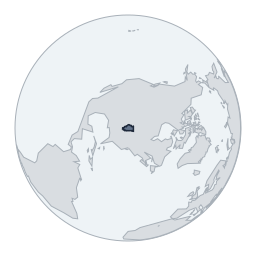 globe centered on Illinois, rotated 90°
{"feature_id": "USA-3546", "entity_name": "Illinois", "entity_type": "State", "adm_level": 1, "iso_a3": "USA", "parent_name": "United States of America", "parent_adm1": "", "projection": "orthographic", "projection_center": [-89.31, 39.745], "detail": "fine", "context": "on_globe", "style": "filled", "palette": "slate", "viewbox_px": 256, "rotation_deg": 90, "n_neighbors": 0, "source": "natural_earth", "source_scale": "10m", "svg_char_len": 10774}
<svg xmlns="http://www.w3.org/2000/svg" viewBox="0 0 256 256"><g transform="rotate(90 128 128)"><circle cx="128" cy="128" r="113" fill="#eef3f6" stroke="#a8b0b8"/><path d="M145.5,239.3L145.6,239.2L148.1,238.7L146.3,239.0L151.8,237.4L149.2,238.0L152.3,235.6L157.2,232.3L162.8,221.3L160.9,219.3L153.1,217.7L143.7,208.2L146.6,203.0L144.4,200.8L151.7,192.4L149.5,185.4L146.8,184.7L144.4,187.8L135.1,183.9L131.5,178.1L101.8,167.1L98.5,163.5L98.1,158.1L86.8,137.6L92.4,156.1L88.2,152.0L84.7,145.1L86.4,144.0L83.7,134.1L79.8,129.5L78.6,116.9L84.5,102.6L85.9,105.5L87.2,102.0L85.5,98.2L84.1,96.6L86.1,81.5L81.6,71.0L76.8,70.7L80.5,68.7L69.1,70.6L64.5,68.1L71.8,69.1L74.2,67.9L72.1,65.2L74.1,63.4L74.2,61.2L76.7,59.4L80.8,60.4L82.5,59.4L80.9,57.6L82.5,54.8L84.5,57.6L87.5,53.3L94.8,54.8L98.2,64.8L104.4,65.1L113.5,74.2L114.7,72.1L119.0,74.7L122.0,73.4L122.8,75.7L124.5,72.7L123.2,70.9L123.5,69.1L125.2,68.2L126.5,70.9L125.9,71.7L127.1,72.1L127.1,73.8L128.1,72.5L129.5,76.1L130.6,71.4L133.8,73.3L134.0,76.0L130.8,77.1L123.3,87.2L122.6,90.8L124.8,94.4L135.9,97.8L136.4,101.3L139.5,105.0L140.7,102.2L138.7,98.4L141.7,94.5L138.9,90.6L139.7,88.5L138.2,84.1L141.9,83.3L146.4,85.0L147.9,88.7L149.9,89.6L151.3,85.1L156.8,91.3L165.2,94.5L166.3,96.4L163.2,101.6L156.1,103.9L152.1,111.7L158.2,105.3L160.7,110.7L162.6,111.1L164.6,110.2L165.0,107.7L166.6,109.4L161.1,116.0L159.6,114.6L161.3,112.4L158.0,113.7L154.3,118.7L155.9,121.2L148.7,126.9L149.7,128.9L148.7,131.4L147.6,127.7L149.5,134.6L141.3,143.7L143.8,155.5L137.5,146.9L132.9,146.2L127.5,146.8L127.8,148.7L120.3,147.4L114.0,151.5L112.5,160.8L115.8,167.8L124.1,168.1L126.2,164.2L132.1,163.1L128.7,173.6L139.2,174.3L138.6,181.7L141.8,185.0L146.8,183.5L152.1,184.5L155.5,179.8L161.2,176.4L161.7,182.1L164.5,176.2L167.9,178.2L179.0,174.7L178.2,176.3L187.6,179.6L197.2,178.3L199.4,181.1L198.3,183.9L201.4,183.0L201.5,184.4L213.3,179.2L218.8,178.3L218.2,183.2L212.8,192.1L206.1,204.7L195.9,213.3L192.1,217.7L182.0,225.3L176.0,227.6L176.4,228.6L172.0,230.8L167.8,232.3L166.0,233.4L162.8,234.4L164.2,234.3L157.6,236.6L145.5,239.3ZM30.4,127.2L31.1,124.9L31.4,127.2L30.4,127.2ZM31.0,122.9L30.9,123.8L30.9,122.9L31.0,122.9ZM30.7,121.9L30.9,122.6L30.6,122.0L30.7,121.9ZM30.2,120.8L30.5,121.3L30.4,121.3L30.2,120.8ZM143.7,159.5L155.6,163.2L149.2,164.9L150.4,163.8L147.2,161.9L141.6,160.6L135.9,162.3L143.7,159.5ZM29.7,118.4L29.6,117.8L30.0,118.0L29.7,118.4ZM148.1,152.4L146.0,152.2L148.0,151.9L148.1,152.4ZM83.1,96.3L85.3,98.4L86.1,102.6L84.1,101.0L83.1,96.3ZM81.9,88.7L83.5,89.0L81.9,92.5L81.5,91.2L81.9,88.7ZM72.9,71.1L74.3,72.5L72.3,71.8L72.9,71.1ZM73.8,61.2L72.7,61.4L73.2,60.2L73.8,61.2ZM136.2,84.9L137.2,84.5L137.0,85.5L136.2,84.9ZM134.6,83.4L133.7,84.9L132.8,84.4L133.4,83.5L134.6,83.4ZM77.6,56.4L78.7,54.5L78.3,56.6L77.6,56.4ZM136.0,81.8L131.4,83.4L129.8,82.5L130.8,78.6L136.0,81.8ZM79.8,53.5L82.4,49.1L80.4,49.2L87.6,46.9L83.0,51.2L82.8,53.7L81.5,52.8L79.8,53.5ZM122.1,70.7L123.6,72.6L120.8,71.8L122.1,70.7ZM120.2,70.7L111.2,71.5L109.9,68.4L113.1,68.7L110.1,65.6L113.9,63.6L116.4,64.9L116.5,67.2L117.8,64.8L120.2,70.7ZM91.1,46.4L92.4,45.6L91.8,46.7L91.1,46.4ZM123.4,68.3L121.7,68.6L120.4,66.0L123.6,64.8L123.0,66.0L123.4,68.3ZM107.5,65.7L107.1,63.7L110.0,61.5L110.2,60.5L113.9,63.3L107.5,65.7ZM124.1,66.2L125.2,64.3L127.3,64.8L125.0,67.8L124.1,66.2ZM118.8,65.8L118.3,64.5L119.6,64.8L118.8,65.8ZM135.5,66.0L133.5,66.3L132.7,64.9L135.5,66.0ZM125.5,63.6L124.7,63.4L124.2,62.9L125.3,61.9L125.5,63.6ZM115.7,61.7L117.0,61.3L114.3,60.4L116.4,58.9L118.4,61.2L118.4,59.6L119.1,59.1L120.0,61.5L115.7,61.7ZM124.8,59.4L128.1,62.0L132.0,61.7L132.8,62.9L126.4,63.2L124.8,59.4ZM121.9,60.4L123.9,60.0L124.0,61.6L122.7,62.8L121.9,60.4ZM117.1,57.1L113.4,58.8L113.1,58.3L117.1,57.1ZM125.9,59.0L125.1,58.4L126.1,58.8L125.9,59.0ZM119.8,57.3L118.5,58.0L118.2,57.3L119.8,57.3ZM124.5,56.7L125.5,57.5L124.7,58.3L124.5,56.7ZM122.3,56.7L122.2,55.7L123.8,58.2L121.8,57.1L122.3,56.7ZM119.7,56.6L119.1,56.5L120.3,56.4L119.7,56.6ZM127.1,53.3L129.3,56.2L127.4,57.9L125.5,54.9L127.1,53.3ZM204.9,45.7L201.6,42.8L208.5,50.1L206.5,49.0L198.3,41.0L191.8,35.3L190.8,34.7L192.2,36.7L187.9,34.0L192.3,37.4L192.6,37.0L195.4,39.3L195.3,39.8L193.8,38.7L195.0,40.3L201.9,45.3L202.9,45.5L207.7,51.5L209.9,52.5L212.2,55.1L209.4,54.4L207.6,53.0L204.8,55.1L207.2,57.1L210.0,55.3L210.3,56.5L213.6,59.6L211.4,58.3L207.7,60.1L210.2,66.6L218.2,79.1L218.7,83.3L216.9,85.6L209.1,78.1L208.9,69.7L206.2,67.3L202.1,67.3L202.4,64.9L200.7,64.0L200.2,61.0L195.5,55.7L194.4,52.8L188.6,49.9L187.2,48.2L191.1,50.3L193.1,50.4L190.0,43.9L188.2,42.4L184.7,41.2L184.3,39.8L181.2,39.4L177.5,35.8L179.6,40.0L175.5,39.1L171.1,36.8L170.1,37.3L177.3,41.3L179.8,42.2L181.4,41.8L188.6,45.6L190.6,48.1L184.4,47.3L186.5,50.8L180.8,49.0L164.9,38.8L160.2,35.3L160.9,30.1L164.3,31.0L165.7,33.1L168.0,31.5L166.1,31.4L165.7,30.4L161.7,29.6L161.3,28.8L158.2,29.5L157.2,28.5L159.2,28.1L152.4,26.5L149.3,24.6L148.0,24.7L147.5,25.2L143.9,22.8L143.1,22.9L143.9,23.8L142.9,24.7L139.6,25.5L138.6,24.6L139.6,24.2L140.1,22.1L143.0,21.4L142.3,21.1L139.5,21.6L138.8,24.0L137.2,24.8L137.0,23.5L136.9,24.0L135.8,24.1L133.6,23.5L133.6,24.9L122.3,28.5L117.0,27.9L118.1,26.1L109.1,28.5L103.9,28.2L104.7,28.9L100.9,30.9L102.5,31.0L102.6,31.5L93.7,37.5L90.8,38.4L87.8,42.3L88.3,42.7L90.3,42.2L87.6,46.9L80.4,49.2L79.8,48.0L75.7,50.5L74.9,47.6L72.4,46.6L74.0,42.4L71.8,42.2L70.5,43.3L66.5,44.0L63.2,42.3L72.0,39.0L78.1,41.9L76.1,40.1L78.4,39.3L78.8,37.9L77.2,37.0L75.9,37.7L82.6,30.7L82.5,27.6L78.1,30.2L74.6,31.6L70.6,31.8L73.8,29.3L81.2,25.5L88.9,22.4L96.8,19.8L104.8,17.8L113.0,16.4L121.3,15.6L129.6,15.4L137.9,15.8L146.1,16.8L154.2,18.5L162.2,20.7L170.1,23.5L177.6,26.9L184.9,30.8L192.0,35.3L198.6,40.2L204.9,45.7ZM239.8,114.5L239.7,114.0L239.9,116.1L239.0,132.2L237.2,133.0L231.4,127.9L230.5,120.9L227.6,116.0L218.8,84.1L220.0,81.1L216.5,66.7L216.6,65.6L220.3,69.8L220.3,64.7L216.4,59.5L213.2,54.3L211.8,52.7L217.3,59.3L222.3,66.4L226.7,73.7L230.6,81.5L233.8,89.4L236.5,97.6L238.5,106.0L239.8,114.5ZM225.4,96.5L226.4,98.2L225.4,96.5ZM180.2,28.2L176.4,26.3L175.1,25.8L176.8,26.7L183.7,30.3L183.7,30.1L180.2,28.2ZM179.3,174.5L180.7,175.2L179.0,175.8L179.3,174.5ZM148.6,167.6L151.0,167.4L152.3,168.2L150.5,168.8L148.6,167.6ZM168.4,163.7L171.0,163.5L168.4,164.8L168.4,163.7ZM157.4,163.5L166.2,164.1L161.0,167.1L155.4,166.8L159.2,165.5L157.4,163.5ZM147.4,156.3L148.9,156.5L148.6,157.8L147.4,156.3ZM149.5,152.2L148.9,152.3L148.0,151.5L149.5,152.2ZM161.0,110.2L161.5,109.8L163.6,109.3L162.9,110.6L161.0,110.2ZM171.4,101.9L173.7,104.9L171.5,103.5L170.9,105.6L165.6,105.6L166.5,97.4L167.1,101.0L171.4,101.9ZM158.8,103.6L162.1,104.4L158.4,103.9L158.8,103.6ZM191.7,62.9L192.9,62.1L195.1,63.7L196.4,68.2L193.3,65.7L191.7,62.9ZM194.1,60.6L187.6,59.0L186.5,56.5L188.2,58.1L188.2,56.6L190.9,58.9L196.2,58.3L198.4,59.8L199.7,66.7L198.1,63.5L197.0,64.4L194.1,60.6ZM173.0,61.8L170.1,61.7L171.4,56.1L173.9,56.9L175.4,61.1L173.4,62.8L173.0,61.8ZM138.5,74.8L137.4,75.6L137.0,74.8L137.7,73.5L138.5,74.8ZM134.7,66.2L143.2,70.7L142.3,71.8L148.4,73.5L148.4,77.0L144.5,75.7L149.0,79.9L145.5,80.2L148.8,82.7L140.0,79.5L137.0,80.2L140.4,78.1L140.5,74.8L139.6,73.5L134.9,70.6L128.4,70.5L127.5,67.5L128.5,65.3L129.9,64.9L130.1,67.0L131.8,64.9L133.2,67.5L134.7,66.2ZM141.3,45.4L140.9,47.5L144.6,44.8L146.0,47.0L146.3,46.6L148.6,48.0L152.0,48.9L152.1,50.1L153.3,50.0L154.9,51.0L156.6,51.3L157.5,53.5L159.7,54.2L158.9,54.9L162.5,55.4L160.2,56.0L161.9,57.6L163.2,56.1L163.6,68.6L165.5,73.8L168.3,77.9L164.0,78.8L158.6,75.7L153.3,70.9L152.0,66.0L150.3,67.5L149.2,65.6L151.0,65.2L147.6,64.7L147.1,63.1L142.4,59.6L137.6,60.2L135.8,59.0L137.4,58.0L134.4,57.6L136.3,55.0L135.0,54.2L135.6,51.0L139.5,49.7L137.8,48.9L138.1,46.6L141.3,45.4ZM127.4,52.4L131.8,50.1L134.7,50.3L132.5,55.9L133.4,57.0L132.1,60.9L127.9,60.6L128.7,59.5L128.4,58.4L129.8,58.9L128.5,57.7L129.5,56.2L128.8,54.8L130.4,54.4L127.4,52.4ZM214.7,62.9L214.4,61.8L213.5,59.9L215.6,62.0L214.7,62.9ZM212.4,64.2L211.8,62.9L214.2,64.6L214.5,65.8L212.4,64.2ZM209.4,61.0L211.6,62.7L210.6,62.5L209.4,61.0ZM190.3,49.2L189.5,48.0L190.2,48.1L191.6,49.0L190.3,49.2ZM152.7,39.0L152.0,39.9L151.2,39.7L147.9,40.6L146.7,39.2L148.2,38.1L152.7,39.0ZM204.0,44.9L206.4,47.2L206.5,47.4L205.7,46.5L204.0,44.9ZM212.2,54.6L211.3,52.9L212.8,55.2L212.2,54.6ZM150.7,37.6L149.5,38.2L149.6,37.2L150.7,37.6ZM145.6,38.2L145.4,37.1L146.1,39.1L145.6,38.2ZM138.3,28.0L144.2,28.1L147.7,27.7L148.3,26.3L150.0,28.4L144.7,29.1L138.3,28.0ZM124.4,28.4L123.9,29.8L122.4,29.4L122.3,29.1L124.4,28.4ZM125.3,29.1L127.8,30.5L126.4,31.5L124.7,30.2L125.3,29.1ZM139.5,33.5L141.4,33.6L141.2,34.4L139.5,33.5ZM61.6,37.0L63.2,35.9L62.6,36.5L60.0,38.3L59.0,39.0L61.6,37.0ZM64.1,35.4L66.5,34.6L62.4,37.6L60.9,38.5L61.6,37.5L63.7,35.9L64.1,35.4ZM65.8,35.4L67.9,34.0L75.7,31.5L76.3,31.8L68.2,34.8L69.7,33.7L68.6,33.9L65.8,35.4ZM91.5,45.3L92.3,45.6L91.0,45.9L91.5,45.3ZM103.6,31.5L103.5,32.3L102.0,32.5L103.6,31.5ZM102.5,34.6L104.3,33.8L102.9,35.1L102.5,34.6ZM108.1,32.0L105.2,33.7L107.3,31.6L108.1,32.0Z" fill="#d9dde1" stroke="#a8b0b8" stroke-width="1"/><path d="M126.0,129.7L125.9,129.6L125.9,129.4L125.9,129.2L125.8,128.9L125.7,128.8L125.4,128.5L125.3,128.4L124.9,128.0L124.9,127.9L124.8,127.7L124.7,127.5L124.7,127.4L124.7,127.1L124.7,126.9L124.8,126.8L124.8,126.7L124.9,126.4L125.0,126.2L125.3,126.1L125.3,125.9L125.5,125.6L125.6,125.4L125.5,125.2L125.4,125.2L125.4,124.9L125.5,124.7L125.9,124.6L126.0,124.6L126.3,124.5L126.4,124.4L126.5,124.4L126.5,124.2L126.7,123.9L126.7,123.7L126.8,123.6L126.8,123.4L126.7,123.4L126.6,123.2L126.4,123.1L126.4,122.9L126.2,122.7L126.3,122.6L126.6,122.6L126.8,122.6L127.6,122.6L127.9,122.6L128.1,122.6L128.9,122.6L129.2,122.6L129.4,122.6L129.7,122.6L129.9,122.6L130.2,122.6L130.7,122.6L131.0,122.6L131.3,122.6L131.3,122.9L131.2,123.0L131.2,123.4L131.1,123.7L131.1,123.9L131.1,124.0L130.6,124.0L130.6,124.4L130.6,124.7L130.6,125.0L130.6,125.5L130.7,125.8L130.7,126.1L130.7,126.4L130.7,126.7L130.7,127.2L130.7,127.8L130.7,128.1L130.7,128.4L130.7,128.7L130.6,128.8L130.6,129.0L130.6,129.3L130.7,129.5L130.7,129.8L130.8,129.9L130.7,130.0L130.5,130.3L130.5,130.5L130.4,130.5L130.3,130.8L130.2,130.8L130.0,131.0L130.1,131.3L130.0,131.5L129.9,131.6L130.0,131.7L130.0,131.8L129.9,131.8L130.0,131.8L129.9,131.9L129.8,132.0L129.9,132.3L129.9,132.5L129.6,132.5L129.4,132.6L129.2,132.8L129.3,132.9L129.3,133.0L129.2,133.3L129.2,133.2L128.6,133.0L128.6,132.9L128.5,133.0L128.4,133.0L128.2,133.2L128.2,133.3L128.3,133.4L128.2,133.4L128.1,133.2L128.0,133.3L127.9,133.3L127.9,133.2L127.7,133.0L127.7,132.9L127.7,132.7L127.8,132.7L127.7,132.5L127.7,132.4L127.7,132.2L127.4,131.9L127.4,131.7L127.2,131.7L126.9,131.5L126.8,131.4L126.7,131.4L126.6,131.2L126.4,131.0L126.4,130.9L126.4,130.7L126.5,130.6L126.5,130.4L126.6,130.2L126.7,129.9L126.7,129.7L126.4,129.6L126.2,129.5L126.0,129.7Z" fill="#64748b" stroke="#1e293b" stroke-width="1.5"/></g></svg>